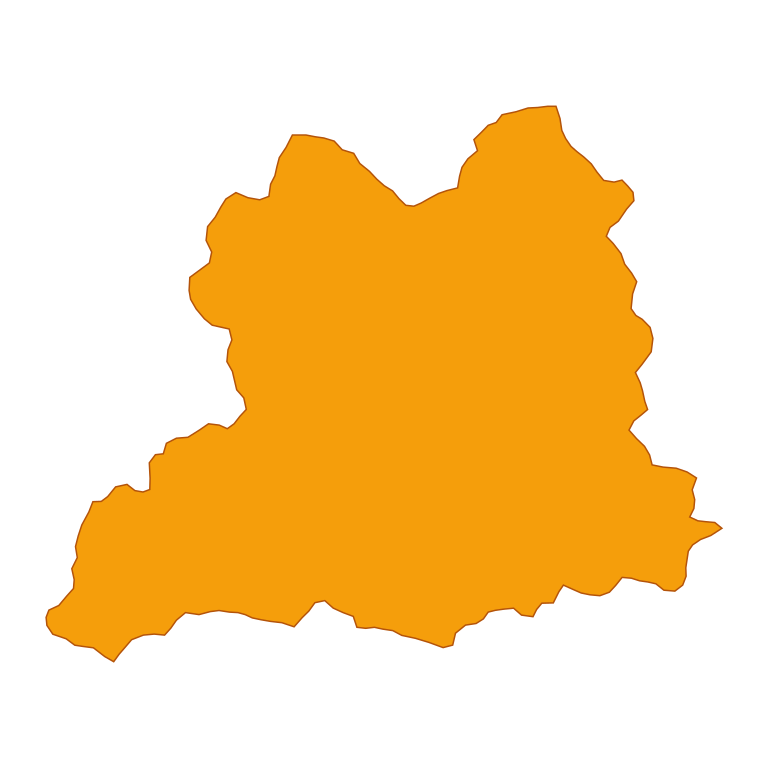 Rio Piracicaba, Minas Gerais, Brazil
{"feature_id": "56859067B90446172591220", "entity_name": "Rio Piracicaba", "entity_type": "district", "adm_level": 2, "iso_a3": "BRA", "parent_name": "Brazil", "parent_adm1": "Minas Gerais", "projection": "orthographic", "projection_center": [-43.151, -19.961], "detail": "fine", "context": "isolated", "style": "filled", "palette": "amber", "viewbox_px": 768, "rotation_deg": 0, "n_neighbors": 0, "source": "geoboundaries", "source_scale": "gbopen_adm2", "svg_char_len": 2945}
<svg xmlns="http://www.w3.org/2000/svg" viewBox="0 0 768 768"><path d="M721.9,528.3L714.8,522.5L705.7,521.7L697.8,520.8L689.7,517.0L693.9,508.5L694.7,499.6L692.2,489.8L696.5,478.0L687.1,472.0L676.2,468.2L663.1,467.1L652.1,464.9L649.6,455.0L644.5,446.3L636.6,438.7L629.0,430.1L633.8,420.9L641.3,414.9L647.6,409.5L644.8,401.4L642.5,390.7L640.2,382.8L635.4,372.5L642.2,364.1L651.2,351.8L652.9,338.4L650.1,327.4L642.2,319.3L635.9,315.5L631.1,308.6L632.6,293.9L636.7,281.7L631.6,273.1L624.7,264.2L621.0,253.6L613.1,243.4L606.3,236.3L610.0,227.4L618.4,221.1L626.6,209.1L633.9,200.7L633.0,192.3L627.6,185.9L622.0,180.1L614.1,182.1L603.7,180.4L596.9,172.0L591.3,163.9L583.9,157.1L577.0,151.7L571.0,146.4L565.6,138.5L561.8,130.4L560.0,118.5L556.0,106.3L547.6,106.3L537.7,107.5L528.0,108.0L515.8,111.8L502.1,114.7L496.2,122.5L488.2,125.3L481.5,132.2L473.9,139.6L477.5,150.7L467.9,158.8L462.0,167.3L459.6,176.1L457.6,187.9L446.9,190.6L438.5,193.5L429.7,198.2L421.0,203.1L413.9,206.2L405.8,205.3L399.0,198.7L392.6,190.9L384.3,185.8L376.8,179.2L369.5,171.4L359.8,163.5L353.7,153.3L342.2,149.8L334.2,141.1L323.9,138.0L315.4,136.8L305.9,135.0L292.4,135.0L286.1,147.4L279.3,157.6L276.9,166.8L274.9,175.8L270.6,184.2L268.9,196.4L259.7,199.8L247.9,197.7L235.9,192.6L225.9,199.0L220.8,207.1L215.2,217.2L207.6,226.6L206.1,240.4L211.7,252.0L209.4,262.9L199.0,270.6L189.8,277.4L189.1,290.4L190.6,299.3L196.2,309.0L204.4,318.8L212.2,325.2L229.2,329.0L231.9,339.9L228.0,349.8L226.9,361.6L232.4,371.4L234.8,381.7L236.7,389.8L243.8,397.9L246.3,409.4L240.0,416.2L234.1,423.8L227.3,428.7L219.2,425.1L208.5,423.8L199.8,429.8L187.9,437.3L176.4,438.2L166.4,443.3L163.3,453.8L155.4,454.7L149.3,462.8L150.1,478.4L149.8,489.5L143.0,492.0L134.9,490.6L127.0,484.4L115.6,486.9L107.7,496.6L101.3,501.4L92.9,501.7L88.9,511.9L81.8,525.0L78.2,536.0L75.5,546.6L77.3,557.6L71.8,568.7L74.2,579.6L73.5,588.5L66.7,596.1L58.8,605.5L48.9,610.1L46.1,617.4L46.9,625.4L52.8,634.2L66.2,638.8L74.8,645.2L82.7,646.4L93.4,647.8L104.8,656.6L113.7,661.7L119.2,654.1L125.1,647.3L131.6,639.7L143.4,635.1L154.2,634.1L164.6,635.1L170.8,628.2L176.4,620.2L185.5,612.6L199.0,614.6L210.3,611.6L219.0,610.5L229.4,612.1L238.0,612.6L245.2,614.6L252.3,617.9L260.8,619.7L270.6,621.4L281.9,622.7L294.1,626.8L302.2,617.6L308.8,611.1L314.9,602.7L324.8,600.6L333.2,608.1L343.1,612.6L353.3,616.4L356.9,627.3L365.7,628.3L374.4,627.3L382.7,629.1L392.8,630.6L401.8,635.4L415.4,638.3L428.9,642.4L443.1,647.6L452.7,645.1L455.5,633.2L465.5,625.1L476.1,623.5L483.4,618.9L488.2,612.1L495.4,610.3L504.0,609.1L513.6,608.2L521.5,615.1L533.0,616.7L536.6,609.5L541.8,603.2L553.3,602.9L558.9,591.7L563.4,585.1L572.5,589.2L581.2,593.0L590.0,594.8L599.9,595.7L609.4,592.2L615.7,585.4L622.1,577.4L631.4,578.2L639.6,580.8L648.0,582.0L655.9,583.8L663.9,590.2L674.9,591.1L682.7,585.1L686.1,576.2L685.8,567.8L687.0,559.8L688.3,551.2L692.6,544.9L700.5,539.5L710.8,535.5L721.9,528.3Z" fill="#f59e0b" stroke="#b45309" stroke-width="1.5"/></svg>